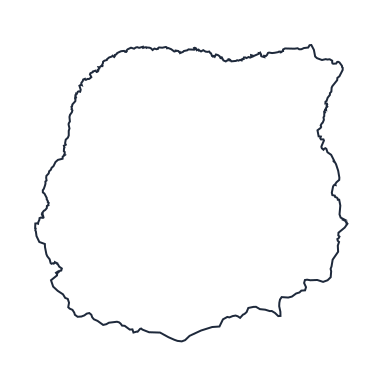 Gaua, Torba, Vanuatu (orthographic projection), rotated 176°
{"feature_id": "77236927B45015777626882", "entity_name": "Gaua", "entity_type": "district", "adm_level": 2, "iso_a3": "VUT", "parent_name": "Vanuatu", "parent_adm1": "Torba", "projection": "orthographic", "projection_center": [167.515, -14.284], "detail": "fine", "context": "isolated", "style": "outline", "palette": "slate", "viewbox_px": 384, "rotation_deg": 176, "n_neighbors": 0, "source": "geoboundaries", "source_scale": "gbopen_adm2", "svg_char_len": 5933}
<svg xmlns="http://www.w3.org/2000/svg" viewBox="0 0 384 384"><g transform="rotate(176 192 192)"><path d="M233.7,54.0L225.6,48.8L219.9,45.8L216.9,44.5L212.6,43.7L209.2,44.7L204.4,48.7L192.6,53.2L181.3,55.9L174.0,55.9L170.0,62.8L165.5,64.9L163.4,64.3L160.0,65.4L157.1,65.7L155.0,64.8L152.8,63.1L149.7,66.1L148.1,66.7L145.9,68.4L143.9,72.4L138.7,73.1L136.2,73.0L132.4,70.4L127.2,69.5L122.8,67.8L120.7,67.7L117.7,65.6L114.6,62.2L112.4,62.2L112.2,66.3L113.0,72.0L112.6,75.4L111.7,78.6L109.9,80.9L103.4,80.0L99.6,80.7L95.2,83.5L91.8,84.3L89.8,86.0L86.1,86.0L84.9,89.1L86.5,93.4L85.5,96.3L83.3,96.5L80.0,95.7L73.2,95.5L67.5,93.2L62.9,94.5L59.6,97.3L58.7,103.2L59.1,105.6L58.0,108.0L56.4,114.7L50.4,122.2L50.3,128.3L48.8,131.9L50.0,133.2L50.3,134.9L49.0,135.6L48.0,137.2L49.1,138.5L48.7,141.2L42.2,145.8L39.3,149.3L39.7,149.5L39.4,149.8L39.9,151.1L40.4,151.0L41.1,152.5L42.5,153.3L41.3,153.5L45.5,156.1L46.1,158.3L46.4,159.4L45.0,168.1L45.7,174.0L47.1,174.1L47.2,175.4L47.9,176.3L49.6,177.1L49.8,178.4L52.2,179.1L52.6,181.5L50.9,187.6L50.1,188.8L49.3,189.2L48.3,188.9L48.5,190.0L47.1,191.7L44.3,193.8L44.0,196.0L44.7,203.0L46.4,209.7L47.6,212.2L48.0,212.1L48.7,213.0L48.2,213.7L50.6,219.4L54.1,222.2L55.0,225.7L55.9,226.4L57.1,225.9L57.9,225.0L59.4,226.5L59.8,228.0L59.3,229.3L56.8,234.1L57.2,235.3L59.7,235.5L60.3,236.6L59.6,238.3L61.8,238.7L62.5,244.8L59.3,246.9L58.6,247.9L59.0,249.4L57.7,251.4L56.8,252.0L55.4,254.8L55.6,257.3L54.8,258.4L54.6,261.0L53.8,262.1L54.6,262.6L54.5,263.1L53.7,263.8L53.5,265.0L52.9,265.3L52.5,264.9L52.5,266.4L51.1,267.7L51.8,268.5L51.0,269.7L51.2,270.7L52.8,270.9L52.5,272.8L51.4,273.4L50.1,276.6L47.7,279.2L47.5,281.0L46.0,282.4L45.4,286.4L44.6,287.8L39.4,293.4L39.0,295.7L36.9,297.1L33.2,303.2L33.0,305.4L33.6,306.2L33.6,307.4L35.9,311.0L37.2,311.7L38.1,311.6L39.2,310.1L42.2,310.1L42.9,310.5L43.1,311.3L43.0,313.2L45.4,314.8L47.8,314.7L49.3,315.2L53.1,314.6L58.0,316.8L59.7,318.6L60.5,325.3L62.7,330.3L64.5,330.2L66.0,328.0L70.3,327.8L72.9,326.8L75.1,326.9L76.6,328.0L79.7,327.8L89.2,328.7L91.2,327.8L91.3,326.4L91.8,326.5L93.0,325.3L94.0,325.1L94.3,325.9L95.4,326.0L96.4,325.5L100.0,325.1L102.4,325.0L105.4,325.7L106.5,325.4L107.6,323.5L108.8,322.5L110.5,322.8L110.4,321.5L113.2,322.5L113.6,323.0L113.5,324.4L114.3,326.2L114.8,325.7L115.6,325.9L115.5,325.3L120.9,323.4L123.5,324.4L123.5,323.3L122.6,322.7L124.7,322.0L126.0,322.7L128.4,321.8L129.4,322.5L130.8,322.6L131.2,321.6L132.2,321.2L131.8,320.9L133.1,320.5L133.3,319.8L134.8,320.4L136.5,319.8L137.8,320.3L139.0,319.7L143.6,319.6L144.0,320.3L144.9,320.5L144.9,321.2L145.7,321.3L145.9,321.9L146.5,321.9L147.1,320.7L148.3,320.6L149.2,319.9L151.5,321.1L152.9,324.3L153.7,324.4L153.6,323.4L154.2,323.6L155.0,325.5L156.6,326.8L158.5,327.5L159.9,325.3L160.6,326.1L161.5,325.6L161.8,326.3L162.5,326.3L163.4,329.0L164.2,329.5L165.0,330.9L166.7,330.7L168.7,331.1L170.9,332.7L173.2,331.6L174.6,332.6L175.3,332.6L175.4,333.5L175.8,333.7L177.4,333.1L178.1,335.1L179.2,335.7L179.9,335.5L179.5,334.1L179.8,333.8L185.6,334.5L186.8,333.7L190.3,333.2L191.2,332.4L194.2,331.4L194.4,332.6L195.1,332.6L195.8,333.6L198.3,334.2L198.3,333.7L199.9,333.4L202.8,335.9L205.7,337.3L206.9,337.1L207.3,338.2L208.0,338.5L211.6,338.0L214.8,338.5L216.0,337.7L216.0,337.2L217.3,336.9L219.5,337.7L221.4,336.4L222.9,338.2L224.3,338.9L226.9,339.3L227.4,339.0L227.8,339.6L228.9,339.6L230.7,339.2L230.8,340.3L234.7,339.5L236.6,340.3L238.1,340.0L239.8,339.0L242.8,340.2L246.3,338.8L247.8,337.3L247.4,336.8L247.9,336.3L249.0,336.5L249.9,337.5L252.9,337.4L255.8,336.3L257.2,335.6L257.8,334.6L259.4,334.1L259.5,332.9L260.2,332.1L261.7,333.5L262.6,332.7L265.3,332.0L267.6,330.3L267.8,329.6L270.2,329.1L271.6,328.2L271.9,326.6L272.9,324.9L272.4,324.3L272.6,323.8L274.1,323.9L275.5,322.8L276.5,323.0L275.9,321.6L277.4,320.4L277.0,319.5L277.9,318.6L278.8,318.4L279.7,319.8L282.5,319.1L282.7,318.4L285.0,317.6L285.6,316.5L284.4,313.6L285.7,312.6L287.0,311.9L288.2,312.1L289.9,311.3L290.6,311.4L290.9,312.4L292.7,311.8L293.3,310.2L294.7,308.7L294.9,307.9L294.5,306.3L295.3,306.7L296.9,305.9L295.9,301.8L296.3,300.5L296.6,299.8L298.0,300.3L298.9,300.0L300.1,298.0L300.7,298.2L300.7,297.3L301.6,296.7L301.3,294.9L301.9,294.8L302.0,294.2L301.4,293.9L302.1,293.1L301.8,292.2L302.1,290.7L305.2,287.7L305.7,285.8L306.3,285.4L306.0,283.6L306.4,283.0L305.6,281.8L306.3,279.9L308.3,277.5L309.0,275.4L308.9,270.9L310.2,269.0L310.4,267.9L309.8,263.9L310.7,261.6L311.0,257.0L312.0,254.9L314.3,253.0L315.2,249.5L314.6,248.0L316.6,247.1L316.1,245.2L316.6,244.7L317.0,241.6L316.2,240.8L316.3,239.2L316.9,238.2L316.2,237.8L318.5,236.3L318.8,234.2L323.5,233.4L326.1,231.4L328.4,227.4L330.3,226.0L331.3,224.0L333.0,222.7L333.7,220.5L336.1,218.3L336.5,216.3L336.3,213.6L337.5,212.7L337.6,210.5L338.3,208.5L339.6,205.5L340.7,204.2L340.8,202.0L339.3,200.7L337.3,196.1L337.5,195.1L336.4,192.8L336.6,192.0L335.7,191.1L336.3,189.6L336.1,188.8L337.7,188.2L338.0,186.0L339.8,184.2L341.1,183.6L343.0,181.4L342.5,180.9L342.5,180.1L343.2,179.9L342.8,178.7L342.2,178.6L341.9,176.9L342.4,176.6L344.7,177.0L345.9,176.6L346.2,174.9L347.4,172.7L347.8,171.1L348.9,171.6L350.5,171.5L351.0,166.8L350.5,166.5L351.0,164.8L350.5,163.5L350.2,158.9L347.8,152.8L342.4,150.4L342.5,147.4L341.6,140.1L340.8,137.9L338.7,134.8L338.0,131.0L337.2,130.2L335.7,130.6L335.0,130.2L334.7,130.7L333.5,130.8L333.5,131.5L331.3,130.2L331.4,129.5L330.7,129.0L329.7,126.8L327.2,124.8L327.9,122.8L328.9,122.8L331.6,120.7L331.5,121.9L333.3,120.9L332.3,119.3L332.5,118.2L338.8,113.8L337.1,107.3L332.9,102.8L327.8,98.9L325.9,95.2L323.4,94.0L322.4,90.1L323.5,85.7L322.2,84.2L319.5,82.8L317.9,79.9L317.4,77.7L314.8,75.5L311.0,75.5L308.0,76.4L305.5,78.0L302.9,78.4L301.0,76.6L300.3,74.0L298.8,71.9L295.2,70.0L289.9,65.6L286.7,66.1L284.0,67.4L275.9,67.8L273.9,67.1L272.4,65.7L271.1,63.6L268.5,63.2L263.7,59.1L261.0,59.1L260.2,55.9L256.7,56.6L256.0,56.4L253.3,59.1L252.2,59.3L251.1,58.2L244.6,55.1L233.7,54.0Z" fill="none" stroke="#1e293b" stroke-width="2"/></g></svg>